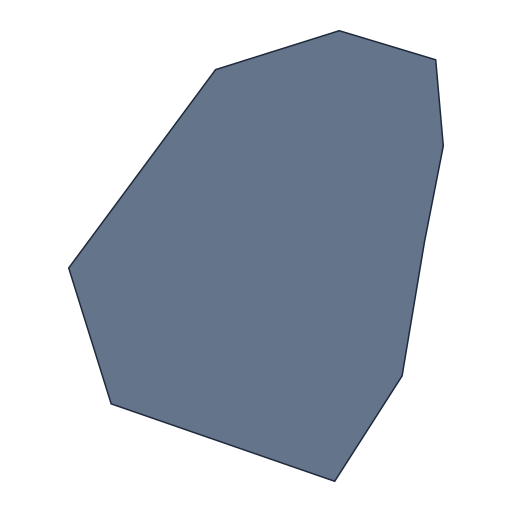 map outline of Rezekne (Robinson projection)
{"feature_id": "LVA-4851", "entity_name": "Rezekne", "entity_type": "Republican City", "adm_level": 1, "iso_a3": "LVA", "parent_name": "Latvia", "parent_adm1": "", "projection": "robinson", "projection_center": [27.333, 56.518], "detail": "fine", "context": "isolated", "style": "filled", "palette": "slate", "viewbox_px": 512, "rotation_deg": 0, "n_neighbors": 0, "source": "natural_earth", "source_scale": "10m", "svg_char_len": 247}
<svg xmlns="http://www.w3.org/2000/svg" viewBox="0 0 512 512"><path d="M339.2,30.7L435.7,59.8L443.3,146.0L424.5,241.8L402.1,375.9L334.7,481.3L111.2,403.9L68.7,268.0L215.6,69.6L339.2,30.7Z" fill="#64748b" stroke="#1e293b" stroke-width="1.5"/></svg>